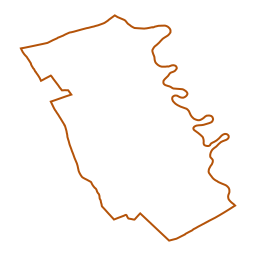 outline of Bivolari, Iasi, Romania
{"feature_id": "2599482B79000451920011", "entity_name": "Bivolari", "entity_type": "district", "adm_level": 2, "iso_a3": "ROU", "parent_name": "Romania", "parent_adm1": "Iasi", "projection": "equal_earth", "projection_center": [27.4, 47.531], "detail": "fine", "context": "isolated", "style": "outline", "palette": "amber", "viewbox_px": 256, "rotation_deg": 0, "n_neighbors": 0, "source": "geoboundaries", "source_scale": "gbopen_adm2", "svg_char_len": 5733}
<svg xmlns="http://www.w3.org/2000/svg" viewBox="0 0 256 256"><path d="M98.7,193.9L99.0,194.4L99.4,195.8L99.5,196.6L99.6,198.1L99.7,198.5L99.9,199.1L100.4,199.8L100.7,200.6L100.8,201.2L100.9,201.9L101.0,202.4L101.6,204.4L101.6,204.8L101.7,205.1L101.8,205.9L102.0,206.3L102.1,206.5L104.9,209.5L107.4,212.3L109.2,214.3L109.8,214.9L111.5,216.8L113.2,218.6L113.9,219.5L114.0,219.5L116.1,218.7L118.1,217.9L123.7,215.8L125.4,215.0L126.0,214.9L126.6,215.3L127.6,217.4L128.4,218.5L131.6,219.1L133.4,219.5L134.2,219.6L134.4,219.6L134.6,219.5L134.8,219.3L137.3,216.5L139.3,214.3L140.2,213.4L169.1,240.6L176.5,238.7L185.2,234.3L185.4,233.9L189.3,231.8L191.9,230.5L192.2,230.3L193.5,229.2L195.5,228.2L198.1,226.7L209.9,220.4L215.0,217.8L219.2,215.4L223.9,212.6L226.5,211.0L229.4,209.2L234.4,206.0L235.1,205.6L234.2,204.6L231.4,202.4L230.1,201.1L229.1,199.9L228.6,199.1L228.3,198.1L228.2,197.3L228.1,196.7L228.2,196.2L228.3,195.2L229.0,193.4L229.3,192.6L229.4,191.9L229.4,190.9L229.3,189.5L228.9,188.4L228.5,187.7L228.1,187.2L227.6,186.7L227.0,186.1L226.2,185.5L225.5,185.1L224.1,184.5L222.1,183.7L218.3,182.0L217.2,181.2L215.5,180.3L213.7,179.0L213.0,178.3L212.2,177.4L211.6,176.5L210.6,175.3L209.5,173.7L208.9,172.8L208.7,172.1L208.6,171.5L208.7,170.9L208.8,169.8L209.1,168.8L209.6,167.8L210.7,165.8L211.8,164.4L212.3,163.2L212.7,162.2L212.8,161.5L212.8,160.2L212.6,159.7L212.0,158.9L211.3,158.2L210.4,157.1L210.2,156.3L210.2,154.7L210.6,153.0L211.3,151.3L211.9,150.4L212.4,149.6L214.1,148.1L216.2,146.6L217.2,145.6L218.7,144.0L220.0,142.9L220.9,142.1L222.7,141.2L226.4,139.8L227.7,138.9L228.2,138.3L228.6,137.6L228.7,136.9L228.7,136.3L228.5,135.6L228.0,135.0L227.4,134.5L226.6,134.1L225.0,133.9L223.4,134.4L221.6,135.6L220.4,136.9L218.9,138.5L216.5,140.5L214.3,141.8L212.8,142.5L211.2,143.4L210.3,144.5L210.1,145.1L209.6,145.5L208.9,145.9L208.4,146.0L207.3,146.0L206.6,145.9L205.7,145.7L204.8,145.3L204.3,145.0L203.9,144.3L203.7,143.8L203.6,142.7L203.7,141.6L203.6,140.0L203.4,139.0L202.9,137.4L202.4,136.7L200.7,135.1L198.2,133.0L194.2,130.1L193.7,129.5L193.4,128.7L193.4,128.0L193.8,127.3L194.3,126.7L195.3,126.1L196.5,125.6L198.7,125.3L201.7,125.1L203.6,124.8L207.3,123.7L209.3,123.1L211.0,122.4L212.1,121.6L212.7,120.5L212.9,119.9L213.1,119.1L212.8,118.1L212.5,117.2L212.0,116.7L211.4,116.1L210.2,115.7L209.0,115.5L207.7,115.6L206.6,115.7L205.1,116.6L203.8,117.8L202.3,118.9L200.6,119.8L199.7,120.1L199.1,120.2L197.9,120.2L196.4,119.8L195.1,119.3L193.7,118.6L191.7,116.6L190.6,114.9L188.9,111.1L187.6,109.6L186.6,108.8L180.5,106.6L177.5,105.1L175.4,103.7L173.9,102.2L172.9,101.0L172.5,100.0L172.2,99.1L172.2,98.1L172.5,97.1L172.8,96.7L173.6,96.1L174.6,95.6L175.8,95.5L177.2,95.7L178.1,96.2L179.2,96.8L180.6,97.4L181.5,97.6L182.8,97.7L183.6,97.6L184.4,97.2L185.2,96.8L186.3,95.9L186.9,95.1L187.3,94.4L187.4,93.9L187.4,93.3L187.1,92.7L186.6,91.9L185.8,91.1L184.6,90.3L183.5,89.6L182.3,89.2L174.7,88.6L173.4,88.5L172.3,88.0L170.8,87.0L169.5,86.4L167.7,85.9L165.3,85.1L164.2,84.3L163.7,83.7L163.5,83.2L163.4,82.7L163.4,82.0L163.5,80.9L164.0,80.1L165.0,78.9L168.1,75.9L169.8,73.4L170.9,72.6L172.0,72.2L173.4,71.7L174.2,71.3L175.1,70.7L176.5,68.9L176.8,68.1L176.6,67.3L176.2,66.5L175.5,65.8L174.4,65.4L173.2,65.2L171.7,65.4L169.5,66.2L168.6,66.5L167.8,66.5L167.4,66.4L165.2,66.7L163.5,66.7L161.9,66.7L160.1,66.2L158.6,65.4L157.5,64.6L156.5,63.6L155.9,63.0L155.3,62.0L155.0,61.1L154.7,60.0L154.6,59.2L154.4,57.2L154.3,56.7L153.8,55.4L153.4,54.5L152.7,52.4L152.4,51.2L152.4,50.6L152.4,50.1L152.8,49.3L153.9,47.4L154.9,46.3L156.8,44.8L159.2,42.6L160.7,40.9L162.7,38.8L164.3,37.7L165.6,36.9L167.7,35.6L169.0,34.4L170.4,32.5L170.5,31.3L170.5,30.6L170.3,29.6L169.8,28.7L169.4,28.2L168.4,27.2L167.9,26.8L167.2,26.4L166.3,26.0L165.4,25.7L164.5,25.6L161.3,25.7L158.6,25.8L154.7,26.7L153.5,27.3L152.6,27.4L152.3,27.2L149.0,27.9L146.8,28.3L144.1,28.6L140.9,28.4L137.5,28.2L134.6,28.0L134.1,27.8L133.1,27.3L131.3,26.3L129.7,25.0L128.2,24.0L127.4,23.2L125.3,20.6L124.0,19.8L117.6,17.1L114.8,15.4L108.9,19.7L108.3,20.2L108.2,20.4L106.6,21.5L104.5,22.9L102.8,23.6L100.0,24.6L98.1,25.3L95.4,26.0L93.9,26.5L92.0,26.9L90.1,27.4L88.6,27.8L86.5,28.2L85.0,28.6L81.2,29.6L73.3,31.8L72.3,32.0L71.6,32.2L69.8,32.5L69.2,32.7L65.4,34.4L63.5,35.4L63.2,35.6L62.4,35.9L59.5,37.1L57.9,37.7L57.1,38.3L52.4,40.4L52.1,40.6L47.5,42.9L42.5,44.0L39.6,44.6L31.6,46.3L24.2,47.8L21.3,48.3L20.9,48.4L21.4,49.4L22.1,50.8L22.7,52.0L24.3,54.3L25.1,55.2L26.7,56.9L27.0,57.3L27.7,58.5L28.5,59.6L30.4,62.6L30.9,63.4L30.9,63.7L31.0,64.1L31.1,64.4L31.6,65.6L32.6,67.2L33.2,68.3L33.5,68.6L33.8,68.9L34.1,69.2L34.5,70.1L35.1,71.2L35.2,71.5L35.8,72.0L36.3,72.9L37.9,75.1L39.1,77.0L39.7,78.0L40.4,79.5L41.0,80.8L43.7,79.4L44.9,78.7L50.8,75.6L51.5,76.3L51.8,76.7L53.4,79.0L58.5,85.7L59.4,87.1L61.9,90.3L63.3,90.3L64.6,90.2L68.2,90.3L71.3,94.6L66.4,96.2L60.4,98.3L54.7,100.3L50.8,101.6L53.2,106.6L53.9,108.0L54.6,109.3L55.2,110.3L55.7,110.9L56.8,112.7L57.5,113.7L58.2,114.7L59.9,117.5L60.5,118.4L61.1,119.4L61.7,120.4L64.7,125.3L64.6,125.5L64.9,125.8L65.1,126.3L65.5,127.6L66.1,129.7L66.3,130.4L66.5,131.2L66.7,132.3L66.8,133.1L67.0,133.6L67.2,134.9L67.3,135.4L67.4,136.8L67.5,137.2L68.2,139.6L68.7,141.1L69.5,144.2L69.9,145.4L70.4,146.7L71.3,149.1L71.9,150.9L73.0,153.6L74.6,158.1L76.9,163.5L77.3,164.9L77.6,165.9L77.8,166.9L78.0,167.9L78.3,169.2L78.6,170.7L79.1,172.0L79.7,173.3L80.1,174.0L80.6,174.9L81.2,175.8L82.0,176.9L82.3,177.2L82.7,177.5L84.6,178.6L87.2,179.9L90.1,181.5L90.5,181.7L90.7,181.8L90.9,182.0L91.2,182.3L91.8,183.6L92.2,184.4L92.9,185.5L93.2,185.9L93.6,186.5L94.2,187.1L94.3,187.3L94.4,187.5L94.6,187.7L95.3,188.2L95.5,188.4L95.8,188.7L96.1,189.1L96.3,189.5L96.6,190.1L97.0,191.4L97.3,192.0L97.7,192.7L98.1,193.3L98.7,193.9Z" fill="none" stroke="#b45309" stroke-width="2"/></svg>